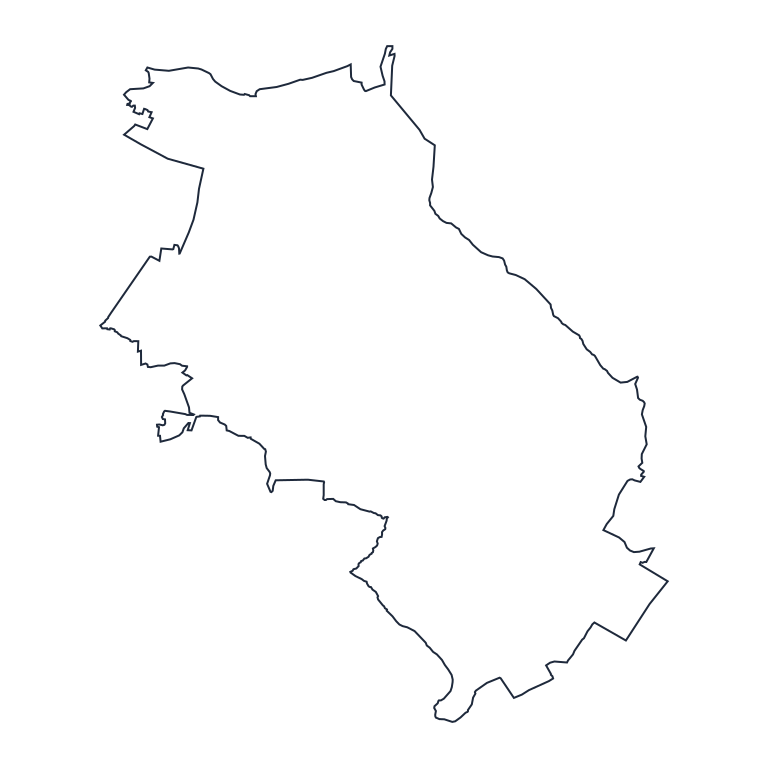 the district of Bocsa, Salaj, Romania
{"feature_id": "2599482B47822802505944", "entity_name": "Bocsa", "entity_type": "district", "adm_level": 2, "iso_a3": "ROU", "parent_name": "Romania", "parent_adm1": "Salaj", "projection": "equal_earth", "projection_center": [22.907, 47.29], "detail": "fine", "context": "isolated", "style": "outline", "palette": "slate", "viewbox_px": 768, "rotation_deg": 0, "n_neighbors": 0, "source": "geoboundaries", "source_scale": "gbopen_adm2", "svg_char_len": 6061}
<svg xmlns="http://www.w3.org/2000/svg" viewBox="0 0 768 768"><path d="M513.9,697.9L521.9,694.6L529.0,690.1L548.9,681.1L553.1,678.5L552.4,676.2L550.9,674.8L550.9,673.9L546.1,665.4L550.1,662.7L554.4,661.5L567.0,662.5L568.0,660.5L573.0,654.4L574.5,650.8L582.2,639.6L583.9,638.3L587.5,631.3L590.6,627.4L592.3,624.4L594.4,622.5L625.9,640.5L649.6,604.0L667.7,581.3L639.7,564.4L640.7,562.1L642.6,562.8L644.6,561.9L646.3,562.0L653.8,548.3L650.8,548.5L639.4,551.7L633.9,552.1L630.0,550.5L626.9,547.7L624.5,542.0L619.1,537.5L603.4,530.1L606.7,524.1L613.3,515.9L614.3,509.2L618.9,494.6L627.5,480.9L630.1,479.5L632.3,479.3L634.6,480.4L640.4,481.9L644.2,476.8L641.1,475.9L641.2,474.6L643.8,471.7L643.7,471.0L640.3,468.9L639.2,467.9L638.5,466.4L642.3,462.8L641.6,458.5L641.8,454.1L646.7,444.3L645.3,436.3L646.2,426.9L641.9,414.4L642.7,410.1L644.2,406.2L644.7,403.5L644.1,402.2L642.7,400.8L639.8,399.7L638.1,398.0L637.0,389.5L635.2,384.0L638.0,377.7L637.5,376.7L637.0,376.8L627.3,381.9L620.6,382.6L612.5,377.8L608.0,372.9L607.0,370.9L604.6,369.1L603.3,368.7L600.3,365.2L594.9,355.9L593.7,354.9L592.1,354.4L590.2,351.9L586.7,349.3L583.3,344.0L582.5,340.8L581.3,338.9L580.0,338.1L579.8,336.5L579.1,335.3L572.8,331.6L565.3,325.0L563.3,324.3L561.7,323.0L561.1,321.6L558.0,318.2L553.9,316.1L553.2,314.8L552.3,310.5L551.0,307.9L550.6,304.5L536.3,289.0L524.7,279.2L515.7,275.0L509.2,273.3L507.7,272.4L506.9,270.5L506.3,266.7L505.1,264.6L504.1,260.6L502.6,258.4L499.0,257.1L492.6,256.5L488.1,255.3L481.1,252.2L472.8,244.7L469.1,240.0L465.0,237.4L461.3,233.9L458.9,228.9L456.1,227.5L451.2,223.4L446.5,222.9L443.0,221.1L439.7,218.5L438.2,215.9L435.4,213.8L434.4,210.9L430.1,205.4L430.1,203.0L429.3,200.2L429.5,198.0L431.3,193.0L432.9,187.0L432.0,179.6L433.5,166.7L434.8,145.3L424.6,138.7L419.5,129.8L390.9,95.4L392.2,65.7L394.6,55.9L394.5,53.9L389.3,55.5L390.1,52.3L392.4,48.9L392.4,46.1L387.2,46.1L385.8,49.0L384.9,53.7L380.5,66.7L382.6,75.7L384.5,81.3L384.6,84.5L374.7,87.5L365.9,91.1L365.0,90.9L364.0,89.6L361.6,84.6L361.6,82.6L353.7,81.0L352.1,79.3L351.1,77.0L350.7,64.4L347.4,66.1L333.7,71.1L326.5,72.8L312.1,77.8L302.7,79.9L300.2,79.7L288.5,83.8L276.6,87.0L259.7,89.2L256.7,91.2L255.5,94.1L255.9,96.2L250.1,96.2L249.1,95.2L244.7,94.0L244.0,94.8L239.9,94.5L230.2,90.9L221.6,86.2L215.2,81.6L213.0,79.0L210.5,74.2L209.0,73.1L201.5,69.5L198.2,68.5L188.1,67.5L168.9,70.8L154.6,69.6L147.4,67.5L145.8,70.3L148.2,71.9L148.7,73.0L149.5,78.6L149.2,82.4L152.9,82.9L149.6,86.2L143.4,88.4L130.1,89.2L126.2,92.2L124.0,94.7L128.5,99.9L130.8,100.9L130.9,101.3L129.8,102.6L129.8,103.6L127.5,103.9L127.2,104.9L129.0,105.0L131.2,106.7L132.0,106.8L133.3,105.6L134.8,105.6L135.1,107.9L133.5,111.8L139.1,114.2L139.5,113.3L142.4,114.0L144.1,108.8L145.3,109.1L147.5,110.1L148.2,111.5L151.6,112.2L149.4,117.2L152.9,118.4L147.3,129.1L135.2,124.5L134.2,126.0L124.1,134.7L140.6,144.2L167.7,158.7L203.4,168.7L199.0,188.8L197.4,202.4L193.5,219.7L188.8,232.4L179.7,253.5L179.3,253.6L179.0,248.3L178.2,246.3L177.5,245.3L174.4,244.9L173.3,249.1L172.5,249.4L161.3,248.5L159.4,260.8L151.4,256.6L149.8,256.7L111.2,312.6L108.2,317.1L108.1,318.0L105.2,320.7L105.1,321.7L100.3,325.5L102.3,328.4L107.0,328.3L107.3,329.2L109.7,329.5L110.1,328.4L110.8,328.3L114.1,329.3L114.8,330.1L114.8,331.3L117.3,332.3L118.2,333.6L120.8,335.4L121.2,336.2L127.4,338.2L130.2,339.9L130.3,341.0L132.5,341.8L133.9,341.1L138.3,341.2L137.9,351.6L141.0,350.7L141.1,364.9L145.6,363.5L147.4,364.5L147.9,366.9L150.7,367.2L158.0,365.6L164.3,365.6L170.3,363.4L174.6,363.1L180.0,364.2L182.0,365.7L187.1,366.3L187.1,366.9L185.1,370.4L182.4,372.6L186.4,375.4L187.3,375.1L192.1,378.3L183.1,385.5L182.3,386.5L182.1,389.4L184.3,394.2L189.0,407.4L189.5,412.8L193.9,414.5L193.4,415.0L187.0,414.9L185.3,414.1L170.2,411.5L165.0,410.8L164.2,411.4L162.9,414.1L163.1,415.0L161.9,417.0L162.8,419.0L165.0,419.4L165.2,423.3L164.4,424.8L162.8,425.3L159.4,424.5L157.0,424.7L157.2,426.7L159.0,427.2L158.1,435.7L160.0,435.8L160.6,441.7L170.3,439.3L179.2,435.4L182.4,432.3L183.8,428.3L188.4,423.0L189.9,423.1L187.7,430.2L191.5,430.4L196.3,417.0L196.7,416.8L199.9,416.4L200.1,415.7L204.4,415.7L210.0,415.8L218.1,417.1L218.1,420.1L220.0,422.5L224.7,424.5L226.2,425.9L226.7,430.4L229.3,431.0L238.4,435.8L244.4,435.9L247.7,437.8L250.6,437.4L250.8,438.8L259.4,443.7L264.2,448.9L265.2,449.2L265.9,451.6L265.0,456.0L265.7,464.4L266.7,468.1L269.6,471.9L270.2,473.4L270.0,475.3L267.1,483.8L270.5,491.8L271.4,492.1L272.7,490.8L273.3,485.9L275.7,480.3L307.9,479.7L323.8,481.5L324.1,482.2L323.7,484.3L323.7,495.1L323.2,498.8L324.6,500.0L325.9,500.0L327.1,499.1L333.2,498.9L335.8,501.2L340.3,502.2L346.0,502.4L347.9,503.5L348.2,504.2L354.0,505.0L360.4,509.2L369.5,511.6L370.7,511.4L373.8,513.0L375.6,513.3L377.9,515.1L380.5,515.4L381.6,516.4L381.8,517.8L382.4,518.3L383.6,518.6L384.7,517.3L387.4,516.9L387.9,517.3L386.8,518.5L386.6,520.7L384.6,526.1L385.4,528.0L385.2,529.2L383.1,530.6L382.0,532.2L382.1,534.3L381.6,536.9L379.7,537.1L377.9,538.2L376.9,541.3L377.7,543.6L377.1,545.5L375.5,547.0L372.9,548.5L373.3,550.5L372.9,552.2L371.7,553.0L371.6,553.7L369.6,554.8L368.5,556.8L366.1,558.3L364.4,558.5L362.7,560.6L361.2,561.0L360.7,562.3L359.4,562.9L358.5,564.1L358.6,566.1L356.3,568.5L353.5,569.2L352.6,570.8L350.3,571.9L350.6,572.6L355.5,576.1L361.7,579.1L364.0,580.9L366.6,581.7L367.0,583.5L368.5,586.1L369.5,586.9L371.0,587.1L372.5,589.6L375.8,591.9L378.1,596.1L377.5,597.3L378.1,599.5L382.9,605.4L384.1,606.3L384.9,608.2L387.0,609.5L386.7,610.7L392.5,616.3L396.2,621.2L399.4,624.5L402.6,626.1L407.3,627.3L414.6,631.1L425.7,642.7L426.8,645.5L429.7,647.7L433.1,651.9L436.9,654.4L442.0,660.0L444.8,664.9L448.3,669.6L451.6,674.9L452.7,679.6L452.6,682.1L451.8,687.2L450.5,691.1L443.8,698.7L440.9,700.4L438.9,700.4L438.4,701.0L437.7,703.3L434.5,706.2L434.2,708.0L435.9,711.0L435.2,714.8L435.3,716.3L435.9,717.6L439.4,719.1L444.3,719.3L452.3,721.9L455.2,721.3L460.6,717.4L465.6,712.7L467.5,711.9L468.0,711.1L467.9,710.1L471.8,704.4L473.1,697.6L475.4,693.6L474.9,692.1L475.8,690.7L486.9,682.9L499.6,677.7L500.7,678.3L513.9,697.9Z" fill="none" stroke="#1e293b" stroke-width="2"/></svg>